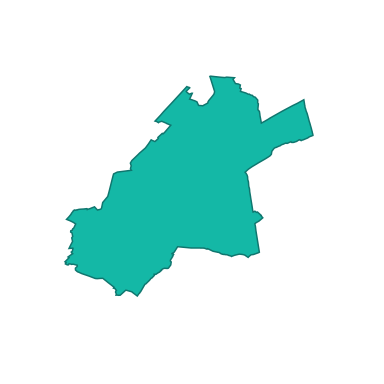 Medzes pag., Grobinas, Latvia (Equal Earth projection), rotated 144°
{"feature_id": "27541924B37027523872355", "entity_name": "Medzes pag.", "entity_type": "district", "adm_level": 2, "iso_a3": "LVA", "parent_name": "Latvia", "parent_adm1": "Grobinas", "projection": "equal_earth", "projection_center": [21.153, 56.615], "detail": "fine", "context": "isolated", "style": "filled", "palette": "teal", "viewbox_px": 384, "rotation_deg": 144, "n_neighbors": 0, "source": "geoboundaries", "source_scale": "gbopen_adm2", "svg_char_len": 5808}
<svg xmlns="http://www.w3.org/2000/svg" viewBox="0 0 384 384"><g transform="rotate(144 192 192)"><path d="M313.0,167.7L311.0,160.7L312.0,160.4L311.0,158.9L311.1,158.3L311.0,156.8L311.7,156.7L312.0,156.4L312.5,156.2L312.8,155.7L312.8,155.2L313.3,153.9L314.1,153.2L313.4,152.8L312.0,151.5L310.7,150.7L303.3,151.5L302.7,150.9L299.3,146.6L299.3,146.2L297.4,140.0L294.8,140.9L293.4,141.1L293.2,141.4L292.2,141.5L284.4,145.0L284.1,145.0L283.4,144.8L278.1,145.6L276.0,146.2L275.6,146.2L275.2,146.0L272.2,146.5L271.6,146.7L271.3,146.8L271.1,147.1L271.0,147.6L269.5,146.6L267.5,146.6L265.4,146.3L264.3,146.4L264.5,146.5L264.0,146.7L263.6,146.8L262.2,147.0L261.0,147.0L259.4,146.6L258.9,146.3L257.0,144.7L256.0,144.3L255.7,144.3L252.2,145.4L251.8,145.7L251.3,146.3L250.4,147.1L250.0,147.6L249.9,147.8L250.1,148.4L250.1,149.0L249.1,149.8L247.3,150.4L247.2,150.5L246.9,150.7L246.2,150.9L245.8,151.0L245.6,151.2L245.6,151.3L245.2,151.4L245.1,151.7L245.1,151.8L244.8,151.8L243.6,152.2L243.8,153.4L245.0,154.1L242.4,153.7L241.2,154.0L235.8,156.2L225.7,147.3L224.9,146.7L219.4,142.7L215.2,139.5L213.4,136.9L212.7,137.0L212.0,135.8L209.8,131.7L206.2,127.7L205.5,127.0L205.3,126.6L205.3,126.2L205.0,125.4L204.6,124.7L203.9,123.7L202.7,122.5L202.4,122.5L201.8,121.7L201.4,121.3L200.4,120.6L200.3,120.4L199.9,119.6L199.7,119.3L199.3,118.7L198.7,118.1L198.4,117.7L198.0,116.9L198.0,116.7L194.8,115.8L194.3,115.6L190.4,114.0L189.5,113.3L187.7,111.6L186.6,110.3L186.1,109.3L186.1,109.1L185.0,106.1L184.1,106.3L183.1,106.4L181.1,106.5L179.2,105.4L178.6,105.2L173.5,103.7L172.9,103.7L163.0,123.2L160.9,126.9L160.1,128.8L159.8,129.4L158.1,129.5L154.9,129.1L149.9,129.5L150.1,132.4L150.1,132.6L149.8,132.6L150.8,137.3L151.7,137.5L152.4,139.5L154.2,139.8L154.4,139.9L153.6,141.7L152.9,143.0L151.4,145.9L149.7,149.3L148.9,150.9L147.9,152.9L147.4,153.8L146.3,156.0L145.1,158.4L144.2,159.8L143.3,161.5L143.1,162.4L142.5,163.6L140.4,167.0L139.5,169.5L138.1,171.6L137.9,172.1L137.6,173.1L137.4,174.0L137.4,174.7L137.3,175.2L137.4,176.8L133.1,177.3L132.6,177.3L128.6,177.2L120.6,176.5L113.0,175.7L110.0,175.5L107.6,175.4L105.9,175.8L105.6,175.9L103.5,178.0L100.2,179.0L99.4,179.1L98.4,178.9L97.7,178.6L97.3,178.5L95.1,178.1L94.4,177.9L93.6,177.6L93.1,177.6L92.0,177.6L91.7,177.6L90.3,177.1L87.9,176.6L87.7,176.6L86.7,175.7L86.5,175.4L86.4,175.3L86.5,175.3L84.5,175.0L82.4,174.5L82.4,174.4L82.4,174.0L82.4,173.7L81.4,172.9L80.8,172.5L80.1,172.2L79.5,172.1L78.5,171.7L77.9,171.5L77.2,171.4L75.1,171.3L74.7,171.3L74.5,171.2L74.3,171.1L74.2,170.7L73.9,170.7L73.7,169.9L73.6,169.6L73.5,169.4L73.3,169.4L72.8,169.4L71.6,168.9L66.6,167.7L65.9,167.7L65.1,167.7L63.9,167.5L61.9,166.9L61.1,166.8L60.9,166.7L60.2,167.9L60.1,168.5L59.4,170.0L59.1,170.8L58.6,172.1L58.5,172.4L58.3,172.8L57.6,174.7L57.2,175.8L56.4,177.9L56.0,179.1L55.6,180.4L55.4,180.8L55.2,181.4L54.7,182.6L52.9,187.3L52.7,187.9L52.0,190.6L51.6,191.7L51.4,192.0L51.3,192.5L51.1,193.0L50.9,193.9L50.7,194.2L50.3,195.0L49.8,195.8L49.5,196.7L49.1,197.3L47.3,200.9L54.6,201.8L59.6,202.7L71.9,204.4L85.8,206.0L85.8,205.9L91.9,206.5L95.4,207.0L93.2,211.5L92.3,213.5L91.0,215.8L90.1,217.6L90.3,219.9L89.6,220.8L86.5,224.3L86.5,225.5L84.8,227.7L85.1,231.5L86.3,233.1L86.3,234.6L87.6,236.0L88.1,237.5L89.0,238.0L90.1,240.2L91.8,242.5L93.7,244.9L91.5,246.8L92.3,248.0L90.0,250.1L90.9,252.0L93.1,254.2L92.6,259.0L90.5,259.5L96.5,264.6L98.2,265.3L101.7,268.3L108.9,274.8L109.6,275.0L109.7,274.6L111.7,268.7L114.0,261.9L114.5,260.3L114.7,260.0L115.1,259.6L115.5,259.2L116.4,258.5L117.1,258.2L117.6,258.0L119.3,257.5L124.8,256.1L125.7,255.7L126.1,255.5L126.7,254.9L126.9,254.7L131.4,255.3L131.7,255.4L132.1,255.4L132.4,255.3L132.7,255.4L133.1,255.9L135.8,258.2L135.0,262.0L136.2,264.3L137.0,265.3L138.0,266.9L139.4,268.5L133.7,271.7L134.0,272.0L136.6,272.7L137.5,275.5L137.5,276.9L132.6,277.6L132.7,278.1L134.1,279.9L134.2,280.3L134.3,280.3L154.2,276.3L167.7,273.7L172.4,272.6L180.2,271.1L179.2,269.8L178.8,268.9L178.4,267.8L177.4,267.9L174.9,267.0L172.9,263.7L171.7,261.6L171.8,261.6L169.9,258.5L179.2,256.3L181.3,256.1L181.6,256.9L187.5,256.2L187.8,255.1L192.2,254.6L192.3,254.6L192.5,254.9L194.0,257.3L194.2,257.9L194.4,258.2L199.0,256.5L203.8,255.0L211.6,254.3L214.0,253.9L222.1,252.8L224.9,251.6L225.1,251.0L225.7,249.3L225.8,248.8L226.6,248.3L228.1,247.0L228.3,245.6L228.3,245.2L240.7,252.0L244.8,252.7L246.1,251.7L250.8,247.8L255.8,243.6L259.4,240.6L261.8,238.7L262.8,237.9L270.4,236.0L273.9,232.8L274.7,232.1L275.9,231.7L279.1,233.0L279.6,237.3L284.5,238.6L286.9,239.4L287.0,239.4L286.7,240.1L286.8,240.3L289.3,241.7L293.1,244.1L294.3,244.7L294.5,244.8L295.0,244.8L295.3,245.0L295.5,245.0L295.9,245.3L296.1,245.5L296.7,245.5L296.9,245.8L297.3,246.0L297.4,246.3L297.6,246.4L297.8,246.6L298.2,246.6L298.4,246.5L298.7,246.4L299.2,246.5L299.3,246.3L300.2,246.1L300.9,245.9L301.7,245.7L302.3,245.5L303.2,244.9L303.4,244.9L303.3,245.0L306.0,244.3L309.6,243.6L307.8,240.8L306.8,239.0L305.8,237.0L304.9,234.5L307.1,233.3L307.8,232.9L308.8,232.4L309.1,232.3L310.2,232.3L310.4,232.2L311.2,231.5L311.4,231.5L312.8,231.9L313.2,231.5L313.7,231.0L313.7,230.7L313.2,229.6L313.2,229.2L313.4,228.8L313.9,227.8L314.0,227.6L314.6,226.2L314.8,226.1L316.2,225.6L317.7,222.2L321.3,220.4L324.7,218.6L321.4,216.6L321.6,216.1L321.8,215.9L322.1,215.8L322.4,215.5L322.6,215.4L323.2,214.8L323.7,214.4L324.1,214.2L324.7,214.4L325.0,214.4L325.1,214.1L325.0,212.5L324.9,212.2L325.7,212.3L330.5,212.3L330.1,211.1L335.8,210.2L335.3,208.9L336.7,208.3L336.0,206.8L335.5,206.2L335.2,205.9L334.7,205.7L333.8,206.2L333.7,206.2L332.4,205.0L332.2,204.4L330.5,203.4L327.9,200.2L328.7,199.2L331.1,198.9L332.1,197.4L331.7,195.4L331.5,194.7L330.8,193.7L329.1,190.7L324.8,184.6L321.1,178.9L319.6,177.6L317.1,176.1L314.9,174.6L314.4,172.8L313.1,168.1L313.1,167.9L313.0,167.7Z" fill="#14b8a6" stroke="#0f766e" stroke-width="1.5"/></g></svg>